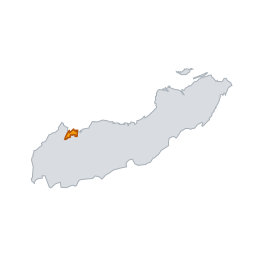 location of Luleå, Norrbotten, Sweden, rotated 230°
{"feature_id": "70781695B74672839302489", "entity_name": "Luleå", "entity_type": "district", "adm_level": 2, "iso_a3": "SWE", "parent_name": "Sweden", "parent_adm1": "Norrbotten", "projection": "mercator", "projection_center": [22.018, 65.85], "detail": "fine", "context": "in_parent", "style": "filled", "palette": "amber", "viewbox_px": 256, "rotation_deg": 230, "n_neighbors": 0, "source": "geoboundaries", "source_scale": "gbopen_adm2", "svg_char_len": 5250}
<svg xmlns="http://www.w3.org/2000/svg" viewBox="0 0 256 256"><g transform="rotate(230 128 128)"><path d="M82.9,186.7L83.5,188.5L84.7,188.2L85.2,186.9L85.9,183.1L85.0,178.8L86.1,177.4L86.8,175.0L88.5,174.3L90.8,171.5L91.0,168.6L91.6,166.5L89.6,160.0L89.4,158.4L92.4,157.5L93.7,153.1L91.6,150.3L88.4,147.6L89.5,138.9L88.1,134.1L88.3,132.1L88.1,129.0L88.9,127.7L87.3,123.1L88.8,119.8L88.6,118.2L93.0,111.6L96.0,110.3L101.4,111.3L102.7,108.7L102.8,107.3L102.3,103.9L99.2,101.9L102.5,95.8L105.2,89.7L105.7,83.7L106.3,81.1L105.6,75.2L109.2,74.5L112.4,72.0L112.0,68.7L119.0,58.4L119.2,56.6L118.7,54.8L117.0,51.5L117.5,50.0L119.4,49.2L120.3,47.7L121.8,42.6L125.6,38.6L129.9,41.3L131.8,36.8L131.7,30.4L133.2,29.7L144.7,33.7L146.6,31.4L144.7,30.1L146.6,27.5L147.2,25.9L147.4,24.0L147.3,23.0L145.7,20.6L149.4,20.2L151.3,21.4L151.5,22.9L159.3,30.5L165.5,33.5L167.2,35.7L167.8,38.0L168.8,38.1L169.9,40.3L171.1,41.5L170.1,43.0L170.1,46.4L170.4,48.0L169.8,50.9L171.8,51.6L172.1,53.3L171.0,55.1L171.1,57.1L173.6,62.9L172.9,64.8L172.7,67.2L171.5,68.9L171.4,70.7L171.5,73.0L171.9,74.1L173.0,74.9L174.8,80.9L172.9,81.3L171.5,80.5L168.1,81.3L167.2,82.2L164.7,79.8L163.2,81.1L162.2,79.9L161.4,81.9L161.1,84.6L159.9,84.3L160.4,85.3L158.7,85.7L158.6,86.1L158.9,86.8L158.4,87.6L156.2,87.9L155.9,88.7L156.5,89.7L156.5,90.4L155.1,89.4L156.0,91.3L156.2,92.7L153.1,98.1L154.1,99.5L154.9,102.6L155.8,103.9L155.5,105.3L152.2,108.6L150.4,113.7L146.4,117.1L144.3,117.9L142.9,120.3L141.3,119.6L141.3,120.9L140.3,120.1L139.4,122.2L138.0,123.9L136.4,123.6L136.2,123.9L136.7,124.4L134.9,124.9L134.3,126.7L133.0,127.2L132.8,127.8L134.1,127.9L133.8,129.4L132.3,130.1L131.7,131.0L131.0,131.0L131.2,130.3L130.2,130.3L129.8,129.5L129.6,129.7L130.3,132.1L129.8,133.1L130.8,134.0L128.0,136.3L126.3,135.4L126.0,136.2L126.4,138.1L127.9,139.7L127.0,140.7L126.0,145.3L126.7,148.1L124.7,147.5L124.9,148.5L124.3,149.8L124.5,151.5L124.3,152.7L124.7,153.7L124.5,154.2L124.8,159.1L125.3,161.2L125.1,162.8L125.9,163.7L127.6,163.9L128.1,165.2L130.2,164.4L131.7,167.1L134.5,169.3L134.4,170.8L136.2,171.9L137.2,173.8L137.6,175.5L137.5,176.5L134.7,179.2L132.5,181.0L130.3,182.1L130.4,182.6L131.5,182.8L134.2,181.5L135.0,182.6L133.5,183.1L133.2,184.7L132.6,185.7L126.6,189.2L125.8,190.3L123.2,192.0L118.4,191.9L117.7,192.2L121.8,193.0L122.8,194.2L120.8,195.0L121.7,198.1L121.2,198.8L121.1,202.1L120.4,202.2L120.1,203.5L120.5,206.8L120.8,207.7L120.7,208.7L119.5,210.9L119.9,213.5L118.6,218.2L117.2,220.9L116.1,224.5L114.9,225.8L113.4,225.0L111.3,225.5L107.3,225.3L106.9,225.7L107.2,227.0L105.7,226.8L103.3,229.6L103.2,230.9L104.2,233.5L103.0,235.1L100.3,234.7L96.8,235.8L93.7,234.9L94.1,234.0L94.3,230.6L90.7,223.7L92.4,224.4L93.1,224.0L92.0,221.7L93.5,221.6L93.9,220.7L93.7,219.4L92.5,218.8L91.4,216.7L90.4,215.6L88.4,211.4L87.7,208.4L87.0,208.7L86.4,205.3L85.4,204.8L85.2,201.3L84.1,201.0L83.4,199.4L83.2,196.3L81.9,195.9L82.1,194.5L81.6,189.1L81.2,187.4L81.5,186.1L82.2,186.0L82.9,186.7ZM138.3,203.2L137.7,203.5L137.3,204.5L136.4,204.9L136.2,207.9L137.0,209.1L136.2,209.6L135.5,211.2L133.9,212.2L133.3,213.2L133.0,214.7L131.6,215.4L132.6,213.3L131.3,210.8L131.6,209.9L131.5,207.0L134.4,203.3L135.7,202.8L136.3,203.2L136.6,202.3L137.0,202.1L138.3,203.2ZM119.9,223.7L119.2,224.3L119.0,223.4L119.1,220.0L120.7,216.0L121.4,215.7L123.3,210.2L123.5,209.8L124.2,210.1L123.7,210.6L123.7,211.6L122.5,214.6L122.1,216.5L121.7,216.9L119.9,223.7ZM138.8,202.0L138.7,202.9L138.0,202.2L138.7,201.2L140.1,201.5L138.8,202.0ZM135.5,179.7L134.6,181.0L134.4,180.5L134.6,179.8L135.5,179.7ZM133.5,186.8L133.0,186.9L133.4,185.9L134.0,185.7L133.5,186.8Z" fill="#d9dde1" stroke="#a8b0b8" stroke-width="1"/><path d="M161.6,74.9L161.3,74.6L161.2,74.2L160.9,73.7L160.6,73.3L160.4,72.9L160.1,72.3L159.8,72.4L159.6,72.5L159.6,72.8L159.4,72.9L159.3,73.1L159.2,73.4L159.3,73.7L159.4,73.9L159.4,74.1L159.2,74.4L159.0,74.5L159.1,74.9L159.1,75.1L159.3,75.4L159.4,75.5L159.3,75.9L159.2,76.0L158.8,76.3L158.7,76.5L158.6,76.8L158.4,77.2L158.2,77.5L158.1,77.9L158.2,78.1L158.4,78.1L158.6,78.1L158.8,78.2L159.0,78.4L159.1,78.7L159.2,78.9L159.3,79.1L159.4,79.3L159.5,79.5L159.5,79.8L159.4,80.0L159.2,80.3L158.8,80.4L158.4,80.7L158.3,80.8L158.2,81.0L158.4,81.3L158.4,81.5L158.3,81.8L158.1,81.9L157.9,82.0L157.5,82.3L157.5,82.6L157.3,82.8L157.0,82.9L156.8,83.0L156.6,83.0L156.3,83.0L156.2,82.8L156.1,82.7L155.8,82.3L155.7,82.2L155.4,82.4L155.5,82.6L155.4,82.9L155.2,82.9L154.8,82.9L154.5,83.1L154.4,83.3L154.6,83.6L154.6,84.0L155.0,84.2L155.2,84.4L155.5,84.7L156.1,85.2L156.7,85.9L157.3,86.4L157.6,86.7L157.9,86.8L158.0,87.0L158.2,87.3L158.3,87.5L158.6,87.9L158.8,87.8L159.1,87.5L159.2,87.4L159.3,87.2L159.2,86.9L159.1,86.7L158.8,86.5L158.7,86.2L158.8,85.8L159.2,85.9L159.6,86.0L159.8,86.0L160.0,86.1L160.2,85.8L160.2,85.6L160.4,85.4L160.7,85.4L161.1,85.4L161.4,85.5L161.7,85.6L162.0,85.6L162.2,85.2L162.0,84.8L162.0,84.5L162.0,84.1L162.0,83.2L161.9,82.6L161.9,82.1L161.9,81.7L161.9,81.2L161.9,80.8L161.9,80.4L162.1,80.1L162.6,80.2L162.6,80.3L162.7,80.5L162.9,80.6L163.1,80.8L163.1,81.0L163.5,81.2L163.7,81.3L163.8,81.3L163.8,81.1L163.6,80.8L163.5,80.4L163.4,79.9L163.3,79.5L163.2,79.2L163.1,78.9L163.1,78.5L163.1,78.2L162.8,77.8L162.4,76.8L161.9,75.8L161.7,75.4L161.6,74.9L161.6,74.9Z" fill="#f59e0b" stroke="#b45309" stroke-width="1.5"/></g></svg>